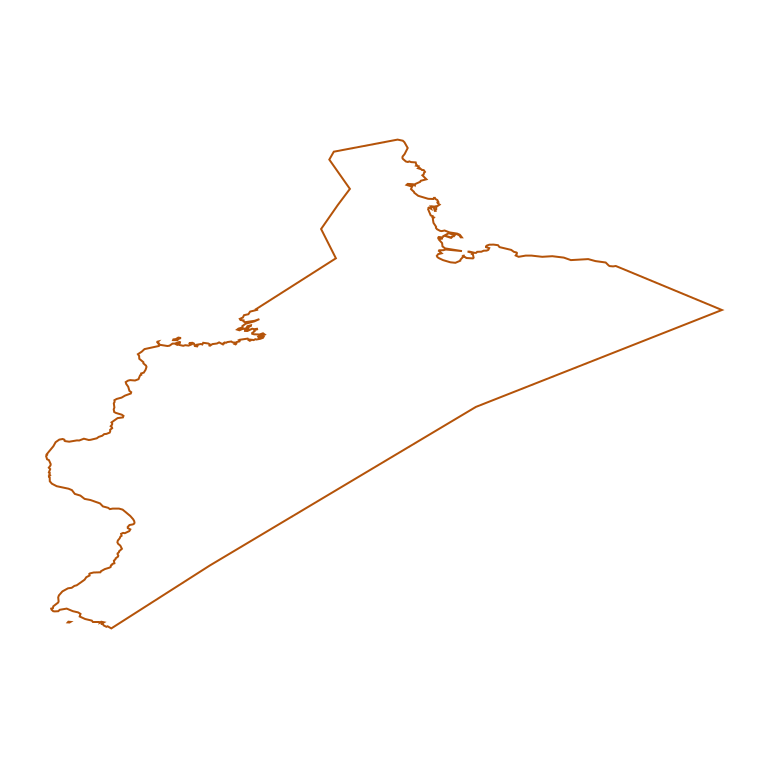 Reykjanesbær, Suðurnes, Iceland
{"feature_id": "244011B48140939724428", "entity_name": "Reykjanesbær", "entity_type": "district", "adm_level": 2, "iso_a3": "ISL", "parent_name": "Iceland", "parent_adm1": "Suðurnes", "projection": "equal_earth", "projection_center": [-22.621, 63.919], "detail": "fine", "context": "isolated", "style": "outline", "palette": "amber", "viewbox_px": 768, "rotation_deg": 0, "n_neighbors": 0, "source": "geoboundaries", "source_scale": "gbopen_adm2", "svg_char_len": 6050}
<svg xmlns="http://www.w3.org/2000/svg" viewBox="0 0 768 768"><path d="M615.8,266.0L613.1,266.4L609.8,266.1L608.8,265.6L605.7,262.5L595.5,261.1L588.2,259.1L570.9,260.1L563.8,257.6L552.3,256.2L542.2,256.8L531.5,255.6L525.7,255.6L518.6,256.8L515.7,255.5L516.8,253.9L516.9,252.9L516.5,252.5L513.8,251.8L511.2,249.9L499.5,247.1L498.0,245.2L493.6,244.6L489.3,244.7L486.8,245.6L486.0,246.4L486.0,247.1L489.2,248.1L488.3,249.9L486.7,250.6L483.7,250.7L481.4,251.7L477.2,251.8L476.2,252.8L474.9,252.9L469.4,251.6L467.6,251.6L473.2,253.1L472.2,254.1L472.9,254.4L473.6,257.7L472.9,258.4L466.3,258.0L465.4,257.2L463.7,256.8L463.8,255.7L463.2,255.7L462.7,256.1L462.9,257.1L460.5,259.6L460.3,260.7L455.4,262.8L450.4,262.3L443.0,260.1L439.0,258.2L437.5,257.2L436.8,255.9L438.2,254.1L441.6,253.3L438.9,250.9L439.2,250.3L443.3,250.2L445.8,249.5L462.0,251.1L445.1,248.4L442.5,246.4L442.1,243.1L439.2,239.9L440.1,239.0L442.9,238.4L438.3,238.3L438.3,237.5L438.8,237.0L442.3,237.4L444.4,235.7L451.1,237.9L452.3,236.8L451.8,236.7L450.8,237.4L444.5,235.5L448.8,233.2L454.3,235.1L453.5,236.1L453.9,236.2L455.7,234.0L456.9,234.2L459.3,235.3L460.7,237.3L461.8,237.3L459.9,234.8L457.2,233.6L449.5,232.4L444.6,230.5L441.7,231.1L440.0,230.8L437.0,229.2L435.9,227.8L436.1,226.8L433.5,222.9L432.8,218.7L433.9,217.5L432.4,217.0L432.7,216.2L430.7,215.4L428.1,209.2L429.1,207.6L431.3,208.9L431.1,208.2L429.6,207.5L431.3,206.9L432.0,207.4L431.5,206.7L432.8,207.1L432.5,206.4L434.2,206.6L433.2,206.8L434.7,206.5L433.9,207.7L434.8,210.9L435.5,210.9L435.2,209.9L436.2,209.4L436.2,206.9L439.6,204.6L437.8,203.3L437.5,202.6L438.4,202.5L438.4,202.0L437.3,200.0L435.4,199.0L434.9,197.9L433.9,197.9L433.3,199.0L428.2,198.8L418.2,195.8L414.2,192.7L414.0,191.9L411.0,189.1L412.1,186.5L413.2,185.1L412.6,185.0L411.2,186.3L406.6,184.9L407.7,183.9L412.6,184.2L413.9,184.4L414.9,185.4L415.3,184.0L420.2,181.8L420.7,180.8L426.4,179.3L422.4,175.3L423.6,174.5L424.0,172.9L425.0,171.9L423.7,170.1L422.0,170.0L421.4,169.3L418.3,168.3L419.3,167.6L417.9,166.5L418.2,166.2L416.2,165.7L416.8,165.1L416.2,164.5L415.7,162.4L411.1,162.1L409.3,161.4L407.9,162.0L405.9,161.5L402.8,158.8L402.4,157.9L402.6,156.5L404.6,154.1L407.7,148.0L404.4,142.2L402.8,140.7L397.6,139.6L333.8,151.7L329.3,159.6L349.9,188.9L337.8,205.0L321.1,229.0L335.9,258.3L255.0,309.8L258.1,309.6L250.1,311.6L248.4,314.2L244.0,315.2L242.9,317.5L239.8,318.9L240.5,320.0L243.6,320.4L243.5,321.4L245.0,322.2L254.6,320.8L259.4,319.1L254.3,321.4L245.6,323.7L242.4,326.1L242.6,327.4L238.5,328.6L237.2,329.6L239.4,330.3L242.1,329.1L245.2,328.6L246.3,328.2L247.5,326.2L251.0,325.3L250.9,325.9L248.9,326.8L248.3,328.5L245.1,330.1L245.0,330.9L247.4,331.0L252.2,328.7L254.1,329.2L257.0,328.8L257.1,329.3L254.2,330.2L254.6,331.2L252.1,333.1L252.2,333.8L254.1,334.3L259.5,334.5L263.0,333.3L264.6,334.5L258.2,336.6L258.7,337.5L263.5,336.9L263.0,337.8L260.3,338.8L256.4,339.5L255.3,339.2L253.7,340.1L251.8,339.8L249.8,340.8L249.0,340.3L250.2,339.6L248.3,339.4L247.7,338.6L239.6,339.8L239.2,340.0L239.9,340.4L239.5,341.4L236.5,342.1L236.1,342.6L236.4,343.6L235.6,344.4L234.4,343.9L235.3,342.6L232.6,342.4L231.3,341.5L227.2,342.1L226.4,342.7L224.5,342.5L223.8,343.0L225.0,343.3L223.3,343.6L222.9,344.4L219.1,342.4L217.0,343.5L212.4,344.1L210.0,345.7L209.4,345.5L209.7,344.3L208.3,343.5L203.2,342.8L202.3,344.5L201.0,344.0L196.4,344.8L196.3,345.6L197.4,346.0L197.2,346.4L194.8,346.0L194.0,343.6L192.5,342.8L189.7,343.0L189.5,343.4L191.3,344.5L188.6,345.6L185.3,345.2L183.2,345.8L179.1,344.9L178.6,344.4L177.3,344.9L176.5,344.5L178.0,343.3L179.9,342.9L180.0,342.2L179.4,342.0L174.8,343.6L172.5,343.6L169.5,345.7L167.4,346.0L159.8,344.8L157.8,341.9L158.2,341.5L157.4,341.7L157.2,342.1L159.0,344.5L159.2,345.6L158.8,346.0L144.5,349.1L141.7,351.7L137.9,354.2L139.1,355.9L139.3,358.8L143.4,362.2L143.4,363.4L146.0,365.6L146.5,366.9L145.6,369.7L143.8,372.6L141.1,373.5L141.3,374.8L140.1,375.3L138.5,379.2L135.0,380.5L130.2,380.1L128.1,380.6L125.7,382.1L126.2,383.9L128.2,386.7L129.4,390.8L131.2,392.2L130.8,393.5L125.0,395.6L121.6,397.6L116.8,398.9L114.4,400.2L114.6,401.9L113.8,403.3L114.4,407.5L113.7,409.3L114.2,412.0L115.8,412.9L121.8,414.7L123.5,415.9L122.9,417.4L117.6,418.1L111.5,422.4L112.2,423.3L112.1,424.6L110.7,426.2L112.0,427.4L112.2,428.2L110.2,429.7L110.2,431.4L109.7,432.6L106.4,433.9L104.2,434.1L102.3,435.7L98.7,436.9L96.8,438.3L90.6,439.8L88.8,440.0L83.9,438.7L79.2,440.5L76.9,440.4L69.2,441.7L65.1,441.1L64.6,440.8L64.4,439.7L62.7,439.0L59.3,439.6L55.6,442.2L53.4,446.2L46.6,454.4L47.1,454.9L46.1,456.1L47.1,459.3L48.9,460.1L50.7,464.1L50.5,465.4L48.8,467.7L50.2,469.1L48.9,472.4L49.8,473.0L49.3,474.2L50.1,475.2L48.9,476.0L49.0,477.0L49.7,477.4L49.8,481.3L51.9,483.7L56.7,486.2L68.5,488.7L71.9,490.1L74.8,493.9L80.4,495.6L84.6,498.9L90.4,500.0L100.0,503.4L102.9,506.4L108.1,507.8L109.9,509.1L112.7,508.6L119.0,508.6L122.6,509.6L130.3,516.0L133.2,519.3L134.2,521.1L134.5,522.7L134.2,523.6L132.9,524.4L129.5,525.0L127.7,527.0L127.8,528.1L130.3,529.4L129.3,531.1L124.8,533.2L123.1,532.9L121.1,533.8L121.6,535.8L120.4,536.6L119.7,538.3L117.8,540.6L117.4,542.3L118.1,543.8L120.3,545.6L121.9,548.8L119.1,551.3L118.9,552.3L117.6,553.4L117.5,554.0L118.3,555.6L118.0,556.6L115.6,558.4L115.5,559.2L113.9,560.7L114.4,563.3L112.4,563.9L112.2,564.6L110.9,565.4L110.7,566.9L109.6,567.6L104.8,569.1L101.0,571.2L100.4,572.3L93.6,572.5L90.0,573.4L89.3,573.9L89.6,575.5L86.3,577.2L84.6,579.7L76.7,585.3L74.4,585.9L71.7,587.8L68.0,588.3L62.4,591.4L58.9,595.4L58.2,597.4L58.6,601.3L58.2,602.5L53.3,606.3L52.9,608.2L51.2,608.6L51.5,609.6L53.2,611.2L54.7,611.4L58.3,611.2L59.7,609.8L66.7,608.6L72.9,611.2L78.1,612.4L80.5,613.9L79.7,616.5L85.1,619.0L91.8,620.6L92.9,622.0L99.1,622.0L99.9,622.2L99.8,622.6L101.2,621.7L103.9,622.3L100.8,624.1L102.8,623.8L103.6,625.4L106.4,626.8L107.6,626.3L111.3,628.4L209.8,565.5L475.9,406.9L721.9,310.0L615.8,266.0ZM178.6,338.9L180.2,338.3L180.2,337.9L178.3,337.6L175.8,339.1L173.4,339.4L173.1,340.1L177.3,340.2L178.6,338.9ZM70.5,621.9L68.4,621.7L67.8,622.4L69.5,622.5L70.5,621.9Z" fill="none" stroke="#b45309" stroke-width="2"/></svg>